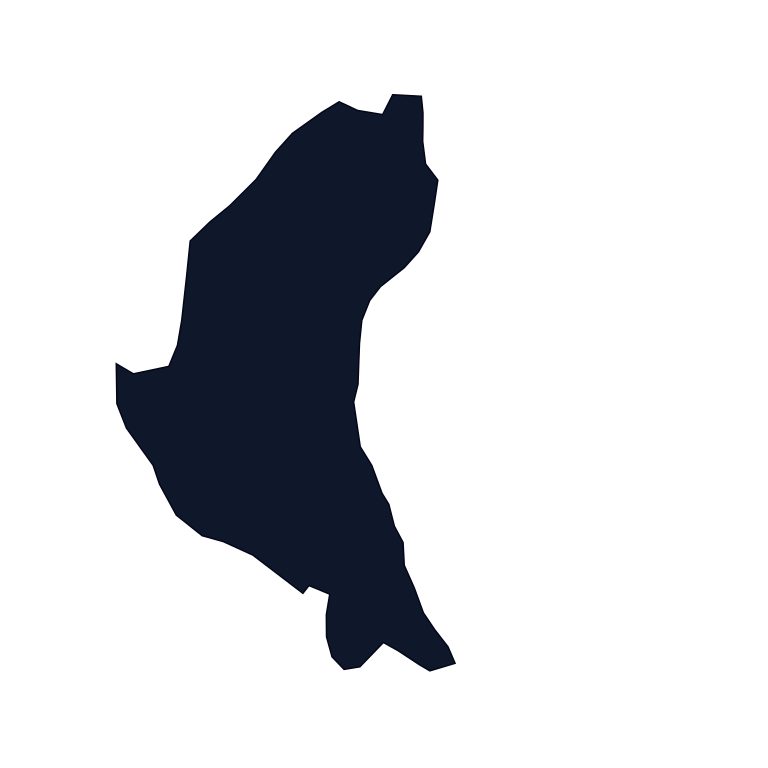 Gaidouras, Cyprus (orthographic projection), rotated 42°
{"feature_id": "46923920B93612483186560", "entity_name": "Gaidouras", "entity_type": "district", "adm_level": 2, "iso_a3": "CYP", "parent_name": "Cyprus", "parent_adm1": "", "projection": "orthographic", "projection_center": [33.809, 35.155], "detail": "fine", "context": "isolated", "style": "filled", "palette": "ink", "viewbox_px": 768, "rotation_deg": 42, "n_neighbors": 0, "source": "geoboundaries", "source_scale": "gbopen_adm2", "svg_char_len": 986}
<svg xmlns="http://www.w3.org/2000/svg" viewBox="0 0 768 768"><g transform="rotate(42 384 384)"><path d="M287.6,196.5L267.7,192.7L250.3,177.7L241.6,167.7L231.6,156.5L219.2,145.2L196.9,163.2L202.7,184.7L181.3,198.4L161.8,204.3L156.0,223.8L148.2,258.9L148.2,284.3L152.1,317.5L150.1,354.6L146.2,380.0L144.3,407.4L165.7,436.7L191.0,471.9L204.6,493.4L212.3,514.9L190.9,544.2L171.5,548.1L198.7,577.4L222.1,589.1L266.8,598.9L284.3,608.7L317.4,620.4L350.4,618.4L369.9,608.7L401.0,598.9L463.8,593.8L463.1,584.0L484.3,576.5L495.5,594.0L510.4,610.3L527.9,621.5L545.3,622.8L555.3,610.3L556.5,576.5L572.7,572.8L597.6,569.0L610.0,566.5L623.7,544.0L607.5,536.5L586.4,532.7L566.4,527.7L542.8,515.2L520.4,505.2L504.2,489.0L486.8,482.7L468.1,470.2L455.6,466.5L429.5,452.7L408.3,446.5L387.2,429.0L373.5,417.7L364.8,401.5L351.1,385.2L338.6,370.2L324.9,351.5L317.5,331.5L316.2,314.0L321.2,284.0L321.2,262.7L316.2,240.2L300.0,215.2L287.6,196.5Z" fill="#0f172a" stroke="#020617" stroke-width="1.5"/></g></svg>